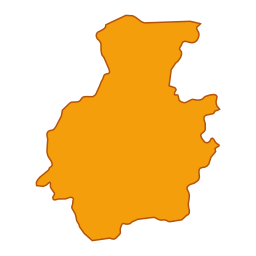 outline of Telšiai
{"feature_id": "LTU-936", "entity_name": "Telšiai", "entity_type": "County", "adm_level": 1, "iso_a3": "LTU", "parent_name": "Lithuania", "parent_adm1": "", "projection": "mercator", "projection_center": [22.175, 56.01], "detail": "fine", "context": "isolated", "style": "filled", "palette": "amber", "viewbox_px": 256, "rotation_deg": 0, "n_neighbors": 0, "source": "natural_earth", "source_scale": "10m", "svg_char_len": 3100}
<svg xmlns="http://www.w3.org/2000/svg" viewBox="0 0 256 256"><path d="M125.8,15.4L132.7,15.8L135.7,17.4L141.4,21.7L144.4,22.9L190.2,21.3L200.1,23.6L200.5,23.8L198.5,25.7L197.4,26.5L196.6,27.8L197.0,29.6L198.0,31.3L198.9,33.4L198.9,35.8L198.1,38.2L196.8,40.6L194.6,42.2L192.5,42.7L190.3,42.6L186.2,41.4L184.3,41.4L182.4,42.5L181.3,45.3L180.1,47.1L179.5,48.7L179.9,49.7L181.5,52.0L181.5,54.4L180.6,57.4L178.1,61.0L175.5,63.3L171.2,69.7L169.1,85.8L174.8,87.7L175.6,88.6L176.1,89.8L174.6,92.5L174.5,94.5L175.2,95.0L176.6,94.9L177.7,95.0L178.3,96.3L178.6,98.2L179.3,100.4L181.2,101.8L183.4,102.6L185.5,102.6L192.2,99.3L198.1,100.2L200.8,99.7L202.9,98.7L204.1,97.3L205.7,96.3L210.3,94.9L213.7,94.5L215.8,95.0L216.9,96.3L216.9,97.8L216.4,99.8L216.0,102.0L216.4,104.4L217.1,106.2L219.6,109.2L217.1,110.5L215.2,110.9L214.9,111.3L214.2,112.7L213.6,113.3L212.9,113.7L205.7,115.3L204.2,116.8L203.9,119.1L205.2,123.5L205.3,127.1L205.3,129.3L204.8,130.6L203.9,131.8L201.7,133.5L200.9,134.5L200.9,135.8L201.5,137.9L203.6,140.8L205.1,142.4L207.1,142.8L208.7,142.2L209.9,141.1L210.6,139.7L211.3,138.5L212.4,138.2L213.6,139.2L215.4,142.1L216.7,143.5L218.2,144.5L219.1,145.2L218.9,146.1L216.9,147.2L215.0,148.6L215.6,151.6L211.0,157.2L208.8,163.9L207.2,165.9L204.9,167.1L202.8,167.4L200.3,168.1L199.2,169.7L198.9,171.9L199.4,177.0L198.7,179.6L197.1,181.2L194.9,182.8L193.0,183.6L190.9,184.2L189.2,185.0L187.2,186.9L187.0,188.6L188.9,193.2L189.4,195.7L189.0,199.3L188.5,202.0L188.3,204.4L188.5,206.6L189.4,211.1L189.2,213.2L188.0,214.7L186.6,215.4L181.8,219.8L170.0,221.7L168.2,221.4L166.3,220.4L164.6,219.9L160.8,220.1L159.0,219.7L154.4,217.4L150.5,217.7L137.8,219.3L132.4,221.7L129.8,223.7L127.8,224.1L125.8,224.1L123.9,223.5L122.6,223.7L122.0,224.2L121.4,225.4L120.8,227.0L120.3,228.9L120.2,230.5L120.4,232.2L120.2,233.4L119.4,234.6L115.6,238.4L113.9,239.1L111.9,238.9L109.9,238.1L92.3,240.6L84.2,233.4L79.5,226.7L79.1,224.9L78.5,223.7L77.3,221.8L76.6,220.2L75.9,216.3L75.5,215.0L75.0,213.5L72.0,208.3L71.8,206.7L72.4,205.1L72.7,203.8L72.8,202.2L73.0,200.7L73.4,199.2L73.0,198.2L71.8,197.4L69.3,197.5L65.7,198.9L58.3,199.0L56.4,199.6L54.6,199.9L53.4,199.5L52.8,197.8L53.1,196.5L54.0,195.2L54.5,194.1L54.3,193.0L53.5,191.8L52.4,190.3L50.6,187.4L50.4,185.8L50.5,184.0L50.3,182.7L49.4,182.3L46.5,184.9L44.6,185.8L43.1,186.3L36.6,185.6L36.4,183.9L36.4,182.5L36.9,181.2L37.9,179.6L40.0,177.1L48.2,170.4L48.9,169.4L49.4,168.0L51.6,166.1L52.3,164.7L51.8,162.7L51.2,161.2L48.4,156.8L47.7,155.2L47.1,152.7L47.0,150.1L47.7,139.0L47.3,137.2L47.0,135.5L46.9,134.0L47.5,132.2L49.4,130.7L53.0,129.9L54.4,128.7L56.0,126.5L61.4,115.9L62.4,110.2L69.7,103.2L71.4,102.2L77.4,101.9L79.0,101.4L80.3,100.4L81.8,98.2L83.1,97.1L85.2,96.6L92.8,96.7L94.4,95.6L95.7,94.5L99.4,86.4L101.2,81.8L101.9,80.6L102.9,78.7L103.9,75.7L104.9,74.5L106.4,73.9L107.9,73.7L109.2,73.0L109.6,71.8L109.0,69.1L104.5,58.7L103.7,57.2L101.9,54.8L101.4,52.6L101.0,49.8L101.0,44.0L100.0,41.6L98.6,39.9L97.4,38.9L96.6,37.2L96.2,35.6L96.7,33.5L97.8,32.2L103.3,29.3L105.3,27.6L105.9,24.8L108.6,23.5L125.8,15.4Z" fill="#f59e0b" stroke="#b45309" stroke-width="1.5"/></svg>